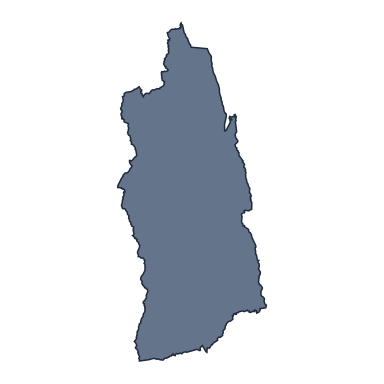 Ambato, Catamarca, Argentina (orthographic projection)
{"feature_id": "61730980B94999737100466", "entity_name": "Ambato", "entity_type": "district", "adm_level": 2, "iso_a3": "ARG", "parent_name": "Argentina", "parent_adm1": "Catamarca", "projection": "orthographic", "projection_center": [-65.964, -27.984], "detail": "fine", "context": "isolated", "style": "filled", "palette": "slate", "viewbox_px": 384, "rotation_deg": 0, "n_neighbors": 0, "source": "geoboundaries", "source_scale": "gbopen_adm2", "svg_char_len": 6004}
<svg xmlns="http://www.w3.org/2000/svg" viewBox="0 0 384 384"><path d="M139.4,361.0L148.9,359.7L152.6,358.6L155.0,358.5L156.6,359.3L158.5,358.9L159.5,359.6L163.0,360.1L165.0,358.1L166.7,358.2L168.0,357.3L168.7,357.3L170.1,355.9L171.1,356.1L172.2,354.8L172.8,355.1L173.1,354.0L174.4,355.4L175.2,355.6L175.6,354.3L176.7,353.5L177.8,354.0L180.5,353.1L181.8,353.8L183.3,352.4L185.5,351.8L186.6,352.3L195.4,349.8L196.2,349.2L199.9,350.6L200.4,350.1L200.1,347.8L202.4,345.6L205.9,351.6L206.9,352.3L207.2,348.0L209.5,348.1L211.5,344.8L212.5,344.7L212.9,343.5L214.2,342.4L217.6,340.4L217.3,338.7L218.6,337.2L220.2,337.4L222.6,335.5L222.4,334.6L223.2,332.9L223.0,330.8L224.9,329.0L225.4,325.7L226.0,325.3L226.5,323.5L228.2,321.8L231.1,320.7L232.8,319.2L232.5,315.7L233.2,315.9L233.6,314.0L234.9,313.5L235.2,314.3L236.0,314.4L236.3,314.3L236.3,313.1L238.5,312.6L238.8,311.8L242.5,310.9L244.3,311.6L247.5,310.2L247.8,310.9L249.3,311.1L249.3,312.3L250.9,312.3L252.3,311.5L254.6,311.5L254.3,310.4L254.5,309.9L256.4,310.7L256.7,313.1L259.0,312.1L260.1,310.2L259.9,308.7L265.8,307.8L266.3,305.7L266.3,305.0L265.4,304.7L264.1,302.0L264.4,298.5L262.9,296.8L261.3,295.8L261.0,294.8L261.0,291.0L262.3,288.9L262.3,287.6L260.5,284.9L259.5,284.8L258.4,281.6L258.9,280.0L258.6,278.9L259.2,277.8L258.8,276.4L259.9,275.0L260.4,273.2L260.2,271.7L258.5,268.9L259.3,266.5L259.1,263.9L258.1,262.5L258.1,261.3L258.7,260.5L257.9,260.4L257.3,259.5L256.4,254.8L255.6,254.2L255.6,251.2L255.1,248.6L255.3,247.5L255.9,247.1L255.7,245.5L251.7,236.8L251.4,234.7L250.4,232.9L248.8,231.8L248.5,229.4L244.5,226.7L244.4,225.7L243.1,225.8L242.9,223.9L242.2,223.5L241.5,221.2L242.1,216.8L241.5,214.9L241.6,213.9L242.9,213.0L244.4,212.8L244.6,211.7L244.1,211.0L244.8,210.3L248.8,210.8L251.7,209.2L251.8,203.0L251.3,201.2L250.6,200.7L250.9,199.6L250.3,198.9L250.8,198.4L250.3,196.9L251.2,196.3L250.9,194.8L250.3,193.4L249.4,192.7L249.8,188.4L248.7,186.8L247.8,183.7L246.8,182.2L246.7,180.4L245.8,177.6L245.6,174.3L246.0,172.4L245.2,171.1L245.6,170.1L244.8,167.9L243.8,167.3L243.7,166.7L244.6,164.8L244.4,164.1L242.7,162.0L242.9,161.5L242.5,161.6L242.6,160.4L238.8,155.1L239.0,152.7L238.3,152.2L238.3,151.1L236.7,149.8L236.8,147.9L235.6,147.2L235.0,144.6L237.8,141.8L237.7,140.5L235.6,137.4L235.4,135.7L235.0,135.2L235.1,134.3L236.6,131.8L235.4,121.6L236.1,120.7L235.7,119.2L236.3,116.9L235.0,114.4L234.2,114.8L234.4,116.7L233.4,116.4L231.6,117.0L229.7,116.4L229.2,118.5L231.5,119.1L231.8,119.8L231.5,120.0L229.9,119.5L230.2,122.5L226.0,130.6L224.7,130.9L224.5,124.6L226.2,116.8L226.2,113.9L224.7,112.5L224.0,110.7L223.3,106.1L222.3,104.5L222.0,101.7L221.1,99.9L221.2,98.3L219.8,94.2L219.3,91.2L219.5,89.4L218.3,84.7L216.6,81.1L215.4,76.7L213.2,72.2L212.6,68.2L211.6,65.4L212.2,64.1L211.3,61.0L211.3,56.3L209.0,53.1L207.3,48.7L191.0,47.2L190.4,44.5L189.4,43.9L187.4,38.2L185.9,36.8L185.5,34.6L184.2,32.9L182.5,25.1L181.4,24.1L181.1,23.0L180.3,24.1L180.2,25.3L180.9,26.2L180.7,27.3L179.7,27.5L179.9,28.4L176.5,29.1L175.3,28.6L174.9,29.4L172.1,29.2L170.4,30.2L169.2,32.0L167.3,32.6L168.4,36.6L169.9,38.7L169.0,39.4L169.4,40.2L167.8,40.2L168.4,42.2L167.6,42.6L167.6,43.6L168.6,45.1L168.2,45.5L168.7,46.5L168.1,47.0L168.8,48.5L168.4,49.4L168.7,50.1L168.3,50.4L168.8,53.1L166.3,55.1L166.7,56.1L164.4,59.0L165.1,59.8L163.9,61.6L164.1,62.3L163.6,63.9L165.2,66.7L165.8,66.8L165.6,67.6L166.0,68.2L167.4,68.9L168.2,70.0L167.3,70.9L165.5,71.6L164.4,71.2L163.5,71.8L161.7,71.7L161.3,73.1L161.7,74.1L161.4,75.2L162.0,76.4L161.6,77.8L162.2,78.5L162.1,80.1L164.6,82.0L163.9,83.0L164.2,83.7L164.0,85.0L163.2,86.0L159.9,87.9L159.7,88.9L157.1,88.6L155.1,89.6L153.5,90.1L152.9,89.8L151.5,90.4L149.3,93.5L146.1,93.3L144.2,94.7L143.3,96.7L142.3,95.2L141.9,93.3L141.1,93.2L140.8,92.6L140.7,91.5L141.7,91.0L141.6,89.9L140.5,89.2L139.1,86.7L135.9,89.1L134.2,89.3L133.8,90.4L132.5,90.7L131.5,91.5L126.1,92.3L124.2,93.6L124.3,95.8L122.5,96.7L123.1,99.3L123.0,101.8L121.9,103.5L121.9,105.6L120.6,108.7L121.0,109.7L122.0,110.5L121.9,112.3L121.0,113.8L121.3,115.7L121.9,116.5L121.8,118.7L122.8,118.6L123.1,119.3L124.0,119.5L124.2,121.9L128.4,123.6L128.0,125.9L128.8,128.3L128.3,129.2L128.3,131.0L127.6,132.3L128.1,134.2L129.0,135.4L130.0,135.8L130.8,139.5L130.2,140.5L131.4,141.7L131.4,144.2L132.8,144.5L135.3,147.8L135.2,149.5L135.8,150.0L136.6,154.6L136.5,156.0L134.7,157.3L132.3,160.3L131.1,161.0L130.0,160.3L129.5,160.5L129.6,162.9L130.9,164.2L130.7,164.7L132.1,165.8L131.3,167.5L130.3,168.3L129.6,170.2L127.5,172.8L125.2,173.0L123.1,175.2L123.0,176.2L121.5,178.3L117.8,185.8L117.7,187.5L120.7,187.8L121.4,188.4L121.8,188.0L123.0,189.3L123.6,189.1L124.6,190.0L124.8,192.0L124.0,191.8L123.5,193.0L124.2,194.1L123.5,196.3L122.7,197.2L123.2,198.5L122.5,199.9L122.1,203.4L121.4,205.1L122.5,208.5L125.0,208.9L126.5,211.5L127.1,211.8L127.5,214.2L128.9,215.8L128.6,218.2L129.2,219.0L129.6,221.2L130.8,222.5L130.9,224.5L131.7,225.3L131.7,226.0L133.7,227.1L133.2,229.4L133.6,230.1L133.2,230.6L134.0,233.6L133.6,234.7L132.5,235.6L134.0,236.6L134.7,238.3L135.5,238.7L135.6,238.2L137.1,239.6L136.7,240.4L137.0,241.3L138.7,242.6L138.7,243.9L139.7,245.4L139.4,247.6L137.7,251.4L137.5,253.2L138.4,254.8L138.2,256.6L139.8,256.9L141.1,258.1L142.6,257.8L144.3,259.5L144.2,260.1L144.9,261.0L144.1,263.4L145.0,264.3L145.0,270.3L143.3,273.9L141.2,276.6L140.6,279.0L141.0,280.0L142.2,281.4L141.9,282.9L142.0,283.8L142.7,284.3L142.6,284.9L144.2,286.6L144.6,287.7L145.2,287.6L146.6,289.1L147.4,289.3L147.7,290.3L147.5,292.2L146.2,295.4L146.4,298.2L145.3,299.2L145.0,300.4L143.6,301.3L143.1,302.9L143.6,303.6L144.3,303.7L144.2,305.6L145.0,306.4L144.7,306.8L145.0,307.4L144.8,308.6L145.1,308.9L144.8,311.7L143.4,314.0L142.9,316.8L141.7,318.2L140.7,321.5L140.9,322.7L139.2,324.1L139.1,325.7L138.6,326.7L138.6,329.3L137.0,332.1L137.3,333.5L136.3,337.3L136.7,338.4L134.3,341.6L135.2,342.2L136.3,344.1L136.7,345.8L135.6,347.3L135.5,348.1L137.3,349.5L137.6,350.8L138.1,351.2L138.3,352.3L137.8,352.8L139.6,356.9L138.8,358.2L139.3,359.4L139.4,361.0Z" fill="#64748b" stroke="#1e293b" stroke-width="1.5"/></svg>